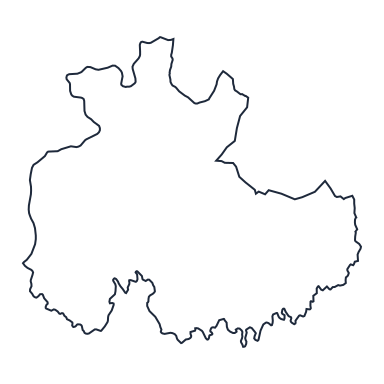 Maseru (Maseru District), Maseru, Lesotho
{"feature_id": "5366337B82586937750220", "entity_name": "Maseru (Maseru District)", "entity_type": "district", "adm_level": 2, "iso_a3": "LSO", "parent_name": "Lesotho", "parent_adm1": "Maseru", "projection": "equal_earth", "projection_center": [27.512, -29.345], "detail": "fine", "context": "isolated", "style": "outline", "palette": "slate", "viewbox_px": 384, "rotation_deg": 0, "n_neighbors": 0, "source": "geoboundaries", "source_scale": "gbopen_adm2", "svg_char_len": 5897}
<svg xmlns="http://www.w3.org/2000/svg" viewBox="0 0 384 384"><path d="M310.4,305.7L310.5,301.7L311.0,301.2L312.7,301.8L313.5,301.3L313.3,295.8L316.8,293.2L316.7,288.5L317.9,286.5L318.6,286.2L321.2,289.7L322.8,290.3L326.9,286.5L329.3,289.1L330.1,289.5L330.6,289.4L332.7,287.1L334.7,287.0L338.2,285.1L340.0,285.6L343.3,284.9L345.8,283.0L345.6,280.1L345.9,277.4L347.4,276.2L348.1,275.1L348.8,273.0L347.4,270.5L347.3,269.2L350.0,265.0L350.7,264.4L353.2,265.2L354.0,264.0L354.8,261.7L358.0,260.9L357.6,254.6L358.6,252.0L360.5,248.8L361.0,246.7L359.2,243.9L355.5,241.3L355.0,240.2L355.2,236.4L355.8,232.7L355.4,231.7L357.2,229.3L355.2,224.8L354.9,222.5L355.0,219.6L355.9,217.5L356.2,217.4L354.4,213.1L354.7,208.1L354.2,203.6L354.2,199.5L352.3,195.8L345.3,198.0L343.8,199.1L340.5,196.4L336.8,197.0L335.0,196.0L330.6,188.5L325.1,180.9L314.9,191.8L302.2,197.2L294.8,199.3L281.4,193.7L268.7,190.2L265.1,194.3L258.7,191.6L255.9,193.7L254.8,189.8L245.5,182.4L239.3,176.8L236.1,166.7L233.1,163.0L224.8,162.8L221.6,161.1L216.2,160.7L221.7,154.5L226.8,147.3L234.8,140.9L236.9,128.1L240.1,116.0L247.1,107.3L248.2,97.7L245.7,95.9L245.2,96.0L242.1,94.1L240.8,94.3L239.9,93.8L237.1,91.6L235.0,90.3L234.3,89.0L234.0,86.6L233.2,83.8L232.9,79.1L231.8,78.1L226.7,73.7L223.1,71.2L220.1,75.1L218.1,78.4L217.0,81.5L216.6,84.3L214.1,90.8L209.3,98.3L208.8,99.4L204.9,101.2L199.7,102.5L197.3,103.5L195.6,103.5L194.4,103.1L188.0,97.3L184.8,95.6L179.1,91.3L176.2,87.8L175.2,86.9L172.5,85.5L171.5,84.0L170.5,81.9L170.4,79.5L169.4,74.9L169.8,73.2L169.6,72.7L170.0,70.0L171.2,66.7L171.4,64.0L172.7,59.9L172.5,58.5L171.2,56.5L171.2,54.8L171.8,52.8L172.9,45.4L173.4,39.0L171.0,39.9L168.1,40.1L160.6,37.2L159.8,37.2L158.7,38.2L150.8,42.8L149.2,43.1L147.2,43.0L142.4,41.7L141.2,42.0L140.3,43.2L139.8,44.9L140.1,51.3L140.1,54.7L139.8,56.1L138.6,58.4L133.8,63.8L132.5,66.7L132.7,69.0L135.4,78.4L135.6,81.5L135.4,82.4L134.6,83.4L130.9,86.2L129.1,86.7L126.8,86.7L125.8,87.0L122.9,86.2L121.3,84.7L121.2,83.5L122.6,76.3L121.9,72.7L121.1,71.1L118.5,68.1L115.1,65.7L112.6,65.6L107.7,67.7L98.5,69.8L95.6,69.3L90.4,67.1L87.3,66.9L85.8,67.8L81.6,71.9L80.7,72.4L77.4,73.7L69.2,74.2L67.3,75.1L66.9,75.6L66.4,77.5L66.5,78.4L66.7,79.3L69.7,83.0L70.0,84.2L70.1,90.9L71.3,94.5L72.4,95.8L73.9,96.7L81.0,97.6L82.4,98.1L83.7,99.1L84.2,100.9L84.5,111.0L85.6,114.6L87.5,116.9L91.1,119.2L93.8,122.0L99.1,125.9L99.9,128.2L99.9,130.2L99.0,132.2L97.3,133.9L86.4,139.3L85.2,140.1L80.6,145.5L78.5,146.6L76.5,147.1L70.9,146.3L61.3,149.2L57.7,151.2L48.2,151.6L47.1,152.4L44.9,156.1L37.5,162.3L33.6,164.8L32.0,167.8L30.7,174.3L29.9,180.1L31.0,186.7L31.1,190.6L30.9,194.3L28.9,205.4L28.7,209.6L29.1,213.2L29.8,215.3L31.1,218.7L33.5,223.1L35.0,228.2L35.8,235.5L35.8,239.1L35.1,244.2L31.4,253.9L26.8,259.8L23.9,262.1L23.0,263.2L24.9,265.8L27.5,267.9L31.2,269.8L32.3,270.8L33.1,272.4L32.5,274.9L30.8,280.0L30.7,281.3L31.4,283.9L31.5,286.2L30.1,289.2L30.0,291.2L32.2,293.8L33.4,296.0L34.5,297.0L35.7,297.5L36.5,297.6L38.4,296.2L40.1,294.2L42.1,294.1L42.8,294.7L44.2,298.3L47.6,302.2L47.7,303.7L46.5,304.8L45.7,306.8L45.7,307.9L46.1,308.5L51.3,310.7L53.8,309.4L55.3,309.8L57.7,311.5L59.3,313.6L60.2,313.9L62.0,313.1L63.2,313.5L64.4,315.8L66.2,317.2L67.0,319.2L69.6,320.4L72.3,322.4L72.5,323.1L72.2,325.6L73.3,327.0L74.9,326.7L76.1,325.8L76.9,324.7L77.8,324.3L80.2,324.5L81.3,325.2L81.8,326.0L82.7,330.1L83.6,330.8L84.6,332.9L85.9,333.6L87.4,333.8L88.9,333.5L94.8,329.4L96.3,329.4L100.6,330.9L101.2,330.8L104.8,326.4L107.5,322.1L107.9,320.7L108.1,317.1L108.5,315.3L111.7,310.5L113.7,304.8L113.6,303.5L112.3,303.0L109.9,303.3L109.4,301.7L109.9,298.9L114.9,294.3L115.5,291.2L115.8,286.2L115.3,284.2L113.3,280.9L113.1,280.0L113.3,279.6L113.9,278.7L114.7,278.3L116.2,279.1L118.0,281.6L118.7,283.4L120.4,286.2L122.8,289.1L125.2,292.7L126.1,293.1L128.1,289.7L127.7,287.5L129.3,284.1L129.4,282.4L129.1,281.0L129.3,280.2L130.7,280.1L135.7,281.8L136.1,281.7L136.9,280.9L137.5,279.2L137.1,274.4L135.6,272.4L135.9,271.7L136.8,271.2L137.4,271.4L141.9,276.0L142.5,279.1L142.9,279.6L145.7,281.0L147.8,279.6L149.2,279.7L152.3,282.8L153.2,285.3L154.3,287.0L154.9,291.3L154.3,292.4L152.7,293.9L150.2,295.3L148.9,296.7L148.5,298.9L148.4,301.4L148.0,302.2L147.2,302.9L147.2,306.0L149.5,311.1L155.3,316.8L159.6,324.1L160.4,327.2L161.4,329.5L160.8,331.8L161.4,332.7L162.4,333.4L164.6,333.9L170.4,332.8L172.4,333.1L174.7,334.1L176.2,335.8L177.0,338.6L177.7,339.8L181.1,343.1L182.0,342.8L185.8,339.5L188.7,339.0L190.4,337.9L191.1,336.9L191.2,335.8L190.5,333.9L190.5,332.0L195.0,330.7L195.4,329.5L195.2,328.3L196.4,328.1L198.1,328.4L201.9,330.8L202.8,332.0L205.8,338.2L207.1,339.5L207.7,339.6L208.3,339.2L209.0,337.9L209.3,335.8L209.6,335.3L211.9,334.6L212.4,333.9L211.8,332.6L210.4,331.5L210.3,330.5L211.1,328.3L212.2,327.4L213.3,327.3L215.0,327.7L216.5,325.9L219.2,320.2L223.8,318.9L224.2,319.1L224.6,320.2L226.6,322.6L226.9,326.9L227.9,329.7L230.1,331.6L233.0,333.0L234.7,333.0L236.5,331.8L236.6,331.3L235.8,329.6L237.8,328.4L239.6,328.6L241.7,330.5L242.4,332.0L242.1,334.8L242.4,336.3L242.0,338.3L240.9,341.0L241.1,342.3L242.4,344.6L243.1,346.8L243.9,346.8L245.1,346.3L246.2,343.9L246.4,341.5L245.7,340.1L245.2,338.1L246.7,332.7L246.0,330.2L246.3,329.6L249.4,327.6L249.9,327.3L251.8,328.1L255.2,332.3L255.8,333.2L254.6,336.2L254.2,338.4L255.4,339.9L257.5,340.8L258.3,340.2L258.7,339.0L260.5,330.7L263.3,324.5L265.8,322.7L266.7,322.5L268.5,323.1L271.1,325.3L271.9,325.1L272.6,322.9L272.8,320.7L272.4,316.3L273.1,314.5L276.5,313.0L277.2,313.1L278.6,316.6L279.4,317.8L281.1,319.0L283.9,319.8L284.5,318.6L284.6,315.2L282.4,313.9L281.8,312.8L282.4,309.7L283.1,308.8L283.9,308.6L284.4,308.9L285.6,311.7L288.6,316.1L291.1,317.3L291.3,318.2L290.6,320.8L290.9,321.7L291.8,322.7L294.2,324.2L295.4,323.5L295.6,322.6L295.5,320.7L299.1,315.7L300.1,315.3L303.1,316.5L304.4,316.0L306.1,311.8L306.5,309.0L309.4,309.4L310.2,309.2L310.8,308.2L310.4,305.7Z" fill="none" stroke="#1e293b" stroke-width="2"/></svg>